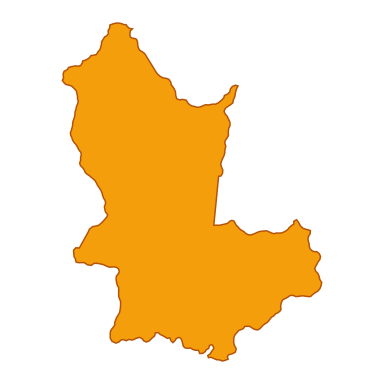 Sucupira, Tocantins, Brazil (Albers equal-area conic projection)
{"feature_id": "56859067B48445419523046", "entity_name": "Sucupira", "entity_type": "district", "adm_level": 2, "iso_a3": "BRA", "parent_name": "Brazil", "parent_adm1": "Tocantins", "projection": "albers", "projection_center": [-48.827, -12.089], "detail": "fine", "context": "isolated", "style": "filled", "palette": "amber", "viewbox_px": 384, "rotation_deg": 0, "n_neighbors": 0, "source": "geoboundaries", "source_scale": "gbopen_adm2", "svg_char_len": 4949}
<svg xmlns="http://www.w3.org/2000/svg" viewBox="0 0 384 384"><path d="M118.7,342.1L121.2,339.9L123.7,339.7L126.2,340.7L128.9,339.4L131.3,340.0L133.4,339.8L136.0,338.4L139.7,337.3L142.4,338.9L143.8,340.9L146.3,342.0L149.1,341.0L151.8,338.3L154.6,336.0L155.4,332.9L158.2,332.6L160.2,334.4L164.1,336.4L167.2,338.3L169.8,337.9L171.0,340.7L172.9,342.6L174.8,340.9L176.4,338.4L178.8,337.4L180.9,338.3L182.1,341.3L182.8,344.1L183.3,346.2L184.9,347.8L187.3,348.3L190.4,348.0L192.7,349.4L195.1,350.2L198.5,350.3L199.7,353.5L202.7,353.4L205.2,351.6L206.2,349.8L208.6,348.5L209.6,345.3L212.0,344.7L213.3,346.6L213.7,348.7L211.8,351.1L210.3,353.7L207.8,355.5L208.4,357.6L211.2,357.3L214.0,358.6L216.6,359.7L219.5,359.9L222.2,361.0L224.7,360.5L228.1,359.2L227.4,356.4L228.8,354.7L232.7,353.6L235.4,352.1L236.2,348.7L234.6,345.8L233.7,342.9L233.7,339.9L233.9,337.3L235.2,334.5L237.2,332.3L238.9,330.3L241.5,329.5L243.4,328.5L244.9,326.3L247.2,326.3L249.8,326.4L252.3,328.1L254.6,329.4L257.9,329.9L260.2,328.4L262.7,325.6L265.2,323.7L267.0,322.6L268.7,320.9L270.4,318.5L271.8,317.0L273.8,315.8L275.6,313.8L278.0,312.7L279.8,311.3L281.0,309.4L280.6,306.2L281.2,303.2L282.0,301.1L283.2,299.4L285.9,298.3L288.5,296.7L290.3,295.4L293.2,295.4L295.8,296.6L298.7,296.4L301.2,295.9L303.5,295.9L306.0,296.3L308.5,296.6L310.7,296.5L312.2,294.9L314.6,293.1L318.2,290.8L320.1,288.3L321.0,285.9L321.7,282.5L319.8,279.5L319.1,276.3L317.9,273.4L315.6,271.1L314.8,268.5L315.8,266.1L316.9,264.3L317.9,262.2L319.8,259.6L320.5,256.4L319.2,253.6L316.7,251.6L314.2,251.7L312.2,250.9L310.2,249.0L309.3,246.5L309.1,243.7L308.2,240.8L308.0,238.6L308.6,236.2L310.2,233.6L310.4,230.6L307.9,229.7L305.8,229.3L302.9,228.2L300.4,225.9L299.1,223.4L297.8,221.3L296.5,219.7L293.8,221.3L293.8,224.2L291.9,225.3L289.4,227.4L287.5,229.8L285.0,231.5L281.8,232.9L279.0,233.1L276.4,233.0L274.0,233.7L271.8,233.1L269.6,232.1L266.7,230.8L263.6,231.0L259.7,231.5L257.4,232.3L255.1,233.4L252.9,234.2L251.0,235.0L248.3,234.8L245.7,233.4L244.0,231.7L241.9,230.5L239.4,228.7L237.9,226.7L236.1,225.1L235.1,223.1L233.9,221.0L231.8,220.4L229.8,221.2L227.6,223.3L224.4,224.2L221.8,224.7L219.5,225.3L217.3,225.2L213.8,225.2L218.6,176.3L220.9,176.0L222.5,173.5L222.8,170.1L221.6,167.4L220.7,164.4L221.6,160.9L222.6,158.5L223.9,155.9L224.8,152.9L224.9,149.8L225.8,146.1L224.8,143.3L225.0,141.1L226.7,138.4L228.4,135.7L228.3,133.5L228.3,131.0L228.8,128.0L230.0,125.7L230.0,122.9L229.2,120.4L228.1,118.3L226.9,115.9L225.2,114.0L224.1,111.4L224.9,109.1L226.3,107.5L228.2,106.3L230.6,104.6L232.8,103.0L233.4,99.9L234.9,96.4L235.5,92.5L236.5,88.9L238.0,86.0L235.4,85.2L232.3,86.5L230.4,88.9L229.7,92.0L227.4,94.2L224.4,95.5L223.9,97.6L221.8,100.0L218.4,102.8L215.6,104.2L213.2,104.1L210.6,104.5L208.4,105.0L205.6,104.7L202.9,105.8L200.1,107.0L197.0,107.3L194.5,106.4L191.9,106.0L189.7,104.7L188.1,103.3L186.2,100.2L182.7,99.4L179.3,99.9L176.7,98.7L175.8,95.7L175.4,91.6L173.9,88.3L171.5,85.1L170.6,81.8L168.8,79.3L166.1,78.3L163.2,77.9L160.9,76.8L158.9,75.3L157.0,73.4L155.7,71.5L154.4,69.3L144.6,53.5L142.2,51.7L139.7,50.3L138.4,47.9L137.7,45.1L137.6,42.4L136.6,39.3L134.5,38.5L132.0,38.1L130.2,36.7L129.9,33.8L130.3,30.9L132.4,28.9L129.2,28.3L127.4,26.6L126.0,24.6L123.9,24.6L122.0,23.8L119.6,23.2L116.5,23.0L113.1,23.8L109.9,25.0L109.8,27.7L108.1,30.7L108.4,33.8L106.7,35.8L104.7,36.9L103.3,39.1L101.6,41.8L101.4,44.6L100.7,47.3L99.9,49.7L98.4,51.2L96.4,54.5L93.5,55.3L91.1,55.5L89.4,57.7L87.4,59.2L85.0,60.3L82.7,61.0L82.2,63.1L80.7,65.5L78.4,66.2L75.7,65.9L71.6,66.6L68.7,67.4L67.2,69.7L64.1,71.3L63.2,73.6L63.3,76.0L63.5,78.2L62.3,80.2L63.7,82.3L65.7,84.4L69.0,85.2L71.7,86.1L74.2,88.5L76.3,90.8L77.0,93.9L77.5,96.4L77.5,98.7L78.3,101.5L77.4,104.4L76.4,106.9L75.8,109.9L75.0,112.2L75.0,114.5L74.4,117.5L73.3,120.3L72.7,123.0L72.6,125.6L71.9,128.2L71.3,130.6L70.4,132.7L70.7,135.3L71.9,137.8L72.6,140.2L74.2,142.6L76.3,145.0L77.4,146.9L78.9,149.9L80.8,152.4L81.3,154.5L80.6,157.5L80.6,160.6L79.7,162.9L80.3,165.3L82.6,167.7L84.3,170.1L85.1,172.2L86.9,174.1L89.5,175.8L92.5,178.3L95.1,180.7L96.4,183.0L97.6,185.4L99.5,188.2L101.2,190.9L102.1,193.3L102.7,195.6L103.5,198.0L104.8,199.9L105.5,202.0L105.4,204.2L104.4,206.4L104.7,208.9L105.5,212.0L107.7,214.7L106.8,217.0L105.4,218.7L103.8,220.5L101.6,222.9L98.4,225.4L95.1,226.2L92.6,226.6L89.4,229.2L88.0,232.4L79.4,247.9L75.6,247.9L73.5,250.4L73.8,254.2L74.1,256.7L75.2,258.5L76.2,262.2L78.7,262.7L81.6,262.6L84.4,262.7L87.4,264.8L91.4,265.4L93.9,263.4L96.7,263.3L99.9,263.8L102.9,264.5L104.8,265.3L107.0,266.3L109.4,267.2L111.8,267.0L114.0,266.9L116.3,267.3L118.4,268.7L119.4,271.8L117.9,274.3L116.4,276.1L116.1,279.2L116.6,282.7L117.4,285.5L118.6,287.5L118.7,290.7L118.6,294.1L118.9,297.2L120.5,301.1L120.6,304.2L120.5,306.6L120.2,309.3L119.6,312.4L118.2,315.1L116.6,317.5L115.7,319.9L114.8,322.4L114.7,325.0L113.4,327.0L111.9,328.9L110.5,331.0L110.2,334.2L110.3,338.3L112.0,341.3L115.8,343.1L118.7,342.1Z" fill="#f59e0b" stroke="#b45309" stroke-width="1.5"/></svg>